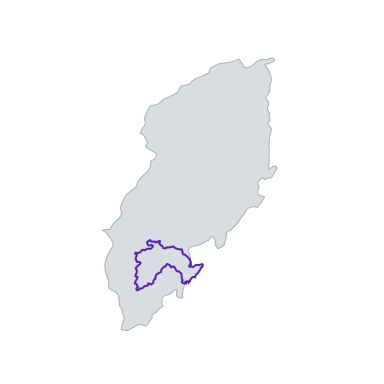 location of Olomoucký within Czechia, rotated 111°
{"feature_id": "CZE-10372", "entity_name": "Olomoucký", "entity_type": "Region", "adm_level": 1, "iso_a3": "CZE", "parent_name": "Czechia", "parent_adm1": "", "projection": "robinson", "projection_center": [17.195, 49.847], "detail": "fine", "context": "in_parent", "style": "outline", "palette": "violet", "viewbox_px": 384, "rotation_deg": 111, "n_neighbors": 0, "source": "natural_earth", "source_scale": "10m", "svg_char_len": 7072}
<svg xmlns="http://www.w3.org/2000/svg" viewBox="0 0 384 384"><g transform="rotate(111 192 192)"><path d="M345.8,208.6L344.6,208.7L342.0,209.6L338.6,209.9L335.0,209.7L332.2,211.3L329.5,213.8L326.7,215.6L325.2,217.1L324.4,218.8L315.1,223.3L313.8,225.2L312.8,227.8L312.4,231.4L311.7,234.5L310.1,236.2L305.1,237.6L303.8,238.4L302.9,240.0L300.0,242.4L296.7,244.8L290.6,247.5L284.0,248.3L275.5,247.4L270.5,246.4L268.1,247.5L264.7,251.0L261.1,257.1L259.7,261.6L258.5,260.3L256.5,255.5L254.1,254.9L251.0,254.4L248.6,253.7L243.5,251.0L240.8,250.1L237.8,249.9L234.9,251.5L232.7,253.5L225.9,253.4L218.4,252.5L207.8,246.2L205.0,246.1L202.1,246.4L197.4,244.9L188.4,240.8L184.2,239.8L181.5,240.4L179.1,241.3L177.3,241.4L176.3,240.1L173.0,238.4L169.6,238.2L168.7,239.2L167.4,248.3L166.2,251.6L161.6,251.4L159.9,253.0L156.2,257.3L155.5,261.6L149.1,260.8L146.2,260.0L143.5,260.6L140.5,262.9L132.4,262.8L125.9,261.4L123.2,256.2L120.3,254.1L116.6,252.2L115.3,251.8L113.2,249.0L109.4,245.4L103.2,240.6L98.3,240.9L96.5,239.6L95.7,237.8L93.7,234.8L91.4,232.6L88.7,231.8L84.7,229.1L79.5,223.2L74.7,219.1L69.9,219.2L67.0,217.0L64.0,214.2L61.8,211.5L58.4,204.9L56.0,201.1L54.1,198.8L51.9,196.9L51.1,195.3L53.9,191.8L55.0,190.1L56.2,188.7L56.9,187.3L56.9,186.2L54.5,182.8L51.2,180.3L46.4,177.8L43.3,174.6L42.3,171.8L42.0,170.2L39.9,168.0L38.2,164.9L38.3,163.0L38.7,162.5L40.4,162.5L42.1,163.8L44.6,166.2L46.6,169.9L48.0,168.5L50.5,164.6L54.9,160.3L59.4,157.8L63.3,157.6L66.5,156.9L69.3,155.6L73.9,156.1L77.3,157.0L78.4,156.5L79.8,154.2L80.8,152.3L88.3,151.1L91.0,147.3L92.4,147.4L94.1,146.8L95.7,145.4L97.2,144.8L98.4,145.5L100.0,146.0L101.7,145.1L104.2,140.7L105.6,140.1L112.2,139.4L121.2,136.8L125.8,134.6L130.2,133.3L135.1,131.1L142.7,129.0L143.1,128.1L139.6,125.9L138.4,124.6L137.7,123.1L138.9,121.6L140.6,121.1L142.7,121.7L149.1,122.7L150.8,123.6L151.4,125.8L153.0,127.9L154.2,128.1L153.7,131.5L155.7,132.8L158.7,133.8L160.6,133.6L162.1,132.2L162.6,131.3L166.5,131.1L170.5,129.7L170.9,127.4L170.7,123.1L171.1,122.4L177.1,123.7L183.0,125.6L183.8,129.9L185.4,132.0L187.3,134.0L189.1,134.8L192.3,135.0L200.4,137.5L204.3,138.1L208.3,139.8L211.7,141.6L214.2,142.0L215.3,144.0L216.8,145.4L219.5,144.3L229.3,142.9L232.9,144.8L235.2,146.9L235.6,147.5L234.3,149.3L233.7,150.8L232.7,151.7L229.3,152.7L227.4,154.3L226.0,156.1L226.9,157.7L229.7,159.0L231.6,159.3L232.3,160.5L238.6,166.0L243.5,173.2L245.4,174.4L247.3,174.6L249.4,173.6L251.8,171.2L254.7,169.6L257.1,168.7L261.4,166.7L261.6,165.4L258.0,160.5L256.0,156.6L256.5,155.9L261.0,156.5L268.8,158.6L280.8,165.7L283.0,165.7L287.2,165.2L291.7,164.0L293.9,162.7L294.7,163.2L295.4,167.0L294.2,169.2L288.8,171.2L289.1,172.2L290.5,173.6L293.0,174.5L296.0,177.0L298.0,179.8L299.8,181.2L301.8,181.8L306.8,180.2L308.2,179.0L308.8,178.2L309.8,178.4L311.5,179.8L312.1,180.6L316.9,182.2L319.7,184.2L321.5,185.2L323.5,184.3L331.1,185.9L333.3,187.2L333.9,189.4L333.6,190.8L334.8,194.3L344.6,202.6L345.6,206.9L345.8,208.6Z" fill="#d9dde1" stroke="#a8b0b8" stroke-width="1"/><path d="M259.4,156.3L260.0,156.6L261.1,156.5L265.8,157.5L266.3,157.8L267.3,158.5L267.9,158.7L268.5,158.7L269.9,158.5L270.5,158.6L270.4,158.8L270.5,159.4L270.8,160.2L271.1,160.6L271.5,161.0L273.1,161.8L274.2,162.1L276.3,162.0L277.3,162.4L276.4,162.6L276.6,162.9L276.7,163.0L276.9,163.2L277.1,163.4L277.1,164.1L277.2,164.8L277.5,165.4L278.1,165.8L278.6,164.7L279.6,164.7L280.3,168.0L280.3,168.3L280.1,168.6L279.9,168.9L279.7,169.1L279.4,169.4L279.1,169.5L278.8,169.5L278.1,169.1L277.8,169.1L277.6,169.2L277.4,169.4L276.3,170.6L272.6,172.3L272.0,172.8L271.8,173.2L271.6,173.6L271.5,174.4L271.4,174.7L271.0,175.3L270.9,175.5L270.8,175.8L271.4,177.5L271.3,178.0L271.2,178.2L268.5,181.3L268.3,181.6L268.2,181.9L268.1,182.3L268.1,182.6L268.2,182.9L268.4,183.2L269.7,184.2L269.8,184.4L269.8,184.6L269.7,184.8L268.4,186.2L268.3,186.5L268.2,186.8L268.0,188.9L268.0,189.2L268.1,189.4L268.3,189.6L268.9,189.8L270.9,190.0L271.1,190.1L271.2,190.3L271.3,190.9L271.4,191.0L271.6,191.2L275.5,192.8L275.9,192.8L277.1,192.3L277.5,192.2L277.8,192.3L281.3,195.4L282.0,195.7L284.3,195.8L285.4,195.2L285.6,195.1L285.9,195.1L287.5,196.0L288.7,196.1L290.4,195.6L291.7,196.1L292.8,196.9L293.0,197.2L293.0,197.4L292.8,199.3L292.8,199.7L293.0,200.0L293.5,200.3L293.8,200.3L294.7,199.8L294.9,199.8L295.2,199.8L295.4,200.0L296.8,202.4L297.2,202.7L298.6,203.3L299.8,204.1L300.3,204.7L300.5,205.0L300.7,205.6L300.8,206.3L302.1,206.6L302.7,207.0L303.4,207.7L302.7,209.2L302.0,209.3L301.4,209.3L301.2,209.2L300.8,208.7L300.5,208.6L300.3,208.5L300.0,208.5L299.8,208.6L299.6,208.8L299.4,209.0L299.1,209.7L298.9,210.0L298.2,210.4L298.0,210.5L297.9,210.7L297.8,211.0L297.7,211.2L297.7,211.8L297.9,212.4L296.6,212.9L292.6,212.2L291.9,212.2L291.4,212.3L290.9,212.4L290.7,212.6L290.7,213.0L291.0,213.5L291.1,213.9L291.1,214.2L291.0,214.4L290.8,214.6L290.6,214.8L290.4,214.9L290.0,214.9L286.8,214.8L286.4,214.9L285.6,215.2L285.0,215.5L284.8,215.6L284.6,215.8L284.4,216.1L284.2,216.5L283.9,216.9L283.7,217.1L283.4,217.1L282.9,217.1L280.9,216.3L280.5,216.3L279.6,215.8L278.4,215.0L277.7,214.8L276.6,214.7L276.4,215.6L276.3,216.6L276.7,217.6L277.1,218.0L276.7,218.7L276.5,218.9L275.0,220.1L274.7,220.4L274.5,220.7L274.3,220.8L274.1,220.9L273.8,220.9L270.8,220.9L270.5,221.0L270.3,221.2L270.2,221.5L270.0,222.6L269.9,222.9L269.7,223.1L269.4,223.1L269.2,223.1L268.9,222.9L268.7,222.6L268.7,222.4L268.7,222.1L268.8,221.8L268.7,221.3L268.1,220.3L267.3,219.2L266.3,218.5L264.6,218.0L263.9,217.7L263.6,217.4L263.5,217.1L263.5,215.9L263.5,215.7L263.4,215.4L263.2,215.2L261.1,213.5L260.9,213.2L260.7,212.9L260.4,211.5L260.0,210.6L259.4,209.9L259.1,209.7L257.3,209.1L256.9,209.0L256.5,209.1L256.2,209.3L256.0,209.7L255.9,210.4L256.0,210.6L256.0,210.8L256.9,212.0L257.2,212.6L257.3,213.0L257.3,213.4L257.3,213.8L257.2,214.1L256.6,214.8L255.9,215.4L255.5,215.7L255.1,215.8L254.7,215.9L252.2,214.3L252.0,214.0L251.9,213.7L252.1,213.4L252.4,213.2L252.7,212.9L252.8,212.6L252.9,212.3L252.9,212.0L252.8,211.7L251.7,209.3L251.6,208.9L251.5,208.6L251.6,208.3L252.2,208.1L252.3,208.0L252.3,207.8L252.2,207.6L250.2,206.0L249.6,205.2L249.4,204.8L249.4,204.4L249.5,204.2L249.8,204.1L251.3,204.4L251.6,204.3L251.8,204.1L252.0,203.7L252.2,203.0L252.7,202.6L253.0,201.7L253.1,200.5L253.2,200.1L254.6,198.9L254.3,196.9L253.8,196.4L253.1,196.1L252.8,195.9L252.7,195.6L252.6,194.6L250.7,191.5L249.9,190.6L249.7,190.1L249.6,189.7L249.7,189.2L250.4,187.9L250.3,186.5L250.4,184.9L250.3,184.6L250.0,183.5L249.8,182.2L249.7,181.9L249.6,181.6L249.3,181.2L249.3,180.9L249.4,180.6L250.2,180.2L250.4,180.2L250.7,180.0L251.6,179.2L253.0,178.4L253.2,178.2L253.3,178.0L253.4,177.8L253.4,177.4L253.3,177.2L253.0,176.6L253.1,176.0L254.2,172.9L256.0,169.4L256.5,169.3L256.9,169.0L257.7,168.1L258.2,167.8L258.6,167.8L259.5,168.1L259.9,168.0L260.0,167.8L260.0,167.1L260.8,167.0L261.0,167.1L261.3,167.5L261.7,168.1L262.3,168.2L262.6,167.7L262.5,167.0L261.9,166.4L261.8,165.0L261.4,164.0L260.5,163.2L259.4,162.7L258.6,162.0L258.1,160.9L257.8,159.7L257.3,158.7L255.8,156.9L255.8,156.1L257.1,155.5L258.1,155.6L259.4,156.3Z" fill="none" stroke="#5b21b6" stroke-width="2"/></g></svg>